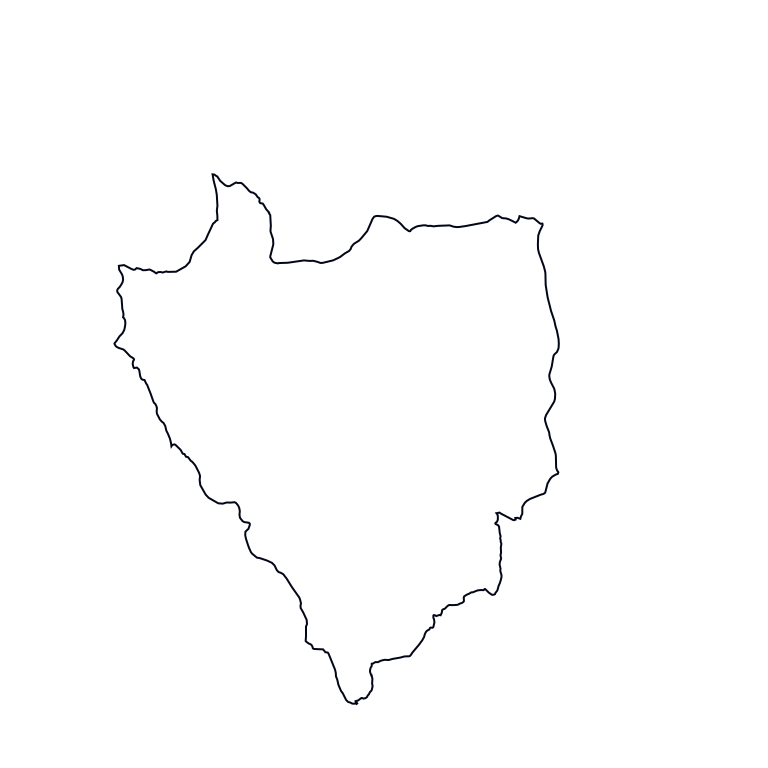 outline of Buenavista, Boyacá, Colombia, rotated 151°
{"feature_id": "7082276B74046727222387", "entity_name": "Buenavista", "entity_type": "district", "adm_level": 2, "iso_a3": "COL", "parent_name": "Colombia", "parent_adm1": "Boyacá", "projection": "natural_earth1", "projection_center": [-73.954, 5.487], "detail": "fine", "context": "isolated", "style": "outline", "palette": "ink", "viewbox_px": 768, "rotation_deg": 151, "n_neighbors": 0, "source": "geoboundaries", "source_scale": "gbopen_adm2", "svg_char_len": 6166}
<svg xmlns="http://www.w3.org/2000/svg" viewBox="0 0 768 768"><g transform="rotate(151 384 384)"><path d="M432.3,650.5L434.4,644.4L436.7,635.7L438.5,630.6L443.3,620.6L446.2,616.6L448.2,611.9L450.2,608.1L452.2,608.1L453.4,607.5L455.8,607.1L465.6,600.0L470.3,596.4L480.7,593.4L486.0,592.2L489.9,589.9L494.8,585.0L500.4,583.1L511.4,583.0L517.5,586.2L518.9,587.0L519.8,588.0L523.5,588.8L525.0,590.2L527.2,591.3L529.6,591.2L530.9,594.0L533.5,597.8L537.0,599.0L539.7,600.4L541.3,602.8L544.2,605.3L546.2,604.8L547.5,605.2L548.8,606.6L553.7,614.0L558.6,615.9L560.2,612.5L560.0,606.8L560.4,604.6L561.7,601.6L563.3,599.8L565.1,598.6L568.1,597.0L570.7,596.2L571.8,595.4L572.4,594.4L572.6,593.5L571.8,587.6L572.3,585.5L576.4,576.7L577.3,573.2L578.3,570.8L579.9,568.8L579.5,567.8L579.5,565.4L580.8,562.4L582.7,559.8L584.8,557.4L588.0,555.2L592.3,553.9L596.6,551.6L600.0,550.2L600.3,549.4L600.2,546.9L599.5,545.6L598.5,544.1L595.3,540.7L594.5,538.8L592.6,531.3L590.6,527.7L590.8,526.5L592.3,525.6L593.4,524.4L594.2,523.1L595.0,520.1L594.9,519.1L592.2,518.2L591.3,515.7L591.6,514.1L593.4,509.2L593.7,507.5L593.7,506.1L593.2,505.0L591.5,503.5L591.8,499.9L591.6,497.9L592.8,488.7L594.2,480.5L594.2,478.7L593.7,477.5L593.7,475.8L594.2,473.1L596.1,470.3L597.0,468.1L597.2,461.8L596.7,459.2L595.7,456.7L595.7,453.3L597.0,448.7L597.1,445.3L597.7,440.1L598.8,435.9L600.1,432.6L598.7,433.3L597.3,433.0L596.4,432.7L595.8,431.6L593.8,424.9L593.8,420.6L592.5,419.5L592.4,416.3L590.9,415.1L590.2,410.4L589.6,409.3L589.1,407.5L588.5,403.9L588.8,395.9L589.5,392.7L591.8,389.4L593.7,384.6L593.6,373.7L592.5,369.4L586.8,360.0L583.0,357.5L579.2,356.7L575.6,354.6L571.9,353.0L571.0,351.4L570.5,348.3L570.7,345.8L571.7,342.8L573.9,339.5L574.8,336.8L574.2,332.7L573.2,331.0L569.4,328.1L569.1,326.9L569.7,325.8L572.7,323.1L576.8,322.0L578.6,319.2L579.7,315.8L580.8,310.3L581.5,306.2L581.9,301.5L581.6,299.5L579.3,293.7L577.2,292.1L571.9,286.3L568.7,281.9L567.7,278.3L568.0,273.1L567.4,270.7L565.8,268.9L564.3,266.4L563.5,261.0L563.0,250.9L561.6,238.1L562.1,235.4L563.0,232.3L564.6,230.5L565.5,228.3L565.4,223.4L566.0,215.3L567.0,212.8L568.0,211.1L569.8,209.7L574.5,201.2L577.1,197.2L576.8,196.0L575.7,193.6L574.5,192.1L573.9,190.7L573.9,188.9L574.4,187.3L573.7,186.2L565.9,181.4L565.3,177.8L563.4,176.4L563.2,175.3L565.3,157.9L566.3,154.5L567.7,151.7L568.2,148.1L569.7,143.0L570.4,136.4L570.0,133.3L570.3,126.0L569.5,123.3L567.9,121.7L566.8,120.0L565.6,119.1L563.0,117.9L563.0,117.5L562.3,117.6L562.3,118.6L562.9,119.8L562.7,120.4L560.1,119.8L556.0,120.3L555.3,119.9L554.5,118.8L552.4,118.2L550.8,118.4L549.0,119.6L547.9,119.8L545.6,121.4L543.9,121.8L543.0,122.4L540.4,125.3L539.6,127.8L537.0,131.9L536.1,135.2L536.4,135.2L535.9,138.5L535.3,140.0L533.6,142.0L531.4,143.4L530.3,145.3L528.9,144.8L526.5,145.0L524.0,143.6L521.4,143.6L517.4,142.6L513.7,140.3L509.8,139.4L502.3,136.8L498.2,135.8L494.1,133.7L493.0,133.6L491.9,134.0L489.2,135.4L480.0,138.9L474.8,141.3L471.6,143.3L469.6,145.4L467.4,146.9L465.5,147.4L463.4,147.3L462.2,148.2L461.5,148.4L459.7,147.3L458.7,147.5L455.5,151.0L454.4,153.7L454.1,155.7L453.0,157.6L452.4,157.7L451.6,157.1L450.8,155.7L447.4,155.1L446.6,154.3L444.4,155.9L442.8,158.0L441.5,158.3L440.2,158.0L438.8,158.2L436.7,158.9L434.7,159.2L433.7,158.9L431.4,157.4L426.7,155.2L423.9,155.1L421.9,154.7L420.3,154.9L419.4,155.3L418.3,157.4L418.0,158.3L416.8,159.4L413.7,159.6L410.9,159.3L408.8,159.5L407.5,158.8L402.2,158.1L399.5,157.0L396.8,155.4L395.4,155.9L394.9,155.6L393.5,150.8L391.9,147.5L391.0,146.8L389.6,146.4L388.8,146.4L387.9,147.2L385.3,148.3L384.5,148.9L381.6,151.9L379.2,153.7L376.8,156.0L374.8,158.2L373.8,160.1L373.2,163.1L372.6,164.7L371.6,166.0L370.5,169.9L369.0,172.1L366.2,174.5L365.1,177.8L363.4,179.7L361.2,184.2L358.8,187.4L358.4,189.5L357.6,190.9L357.4,192.4L355.8,194.4L355.1,197.3L352.6,203.3L352.5,204.2L352.9,205.6L354.3,207.5L354.3,207.9L353.7,208.5L351.8,208.8L350.2,210.2L348.4,213.4L348.1,214.8L348.3,216.5L345.3,215.5L344.6,214.0L336.9,202.3L336.4,201.9L334.6,201.6L334.1,203.2L332.2,202.3L330.1,200.0L328.5,201.7L326.0,203.4L322.6,209.4L318.7,211.7L315.9,212.5L312.0,212.7L300.5,211.2L298.1,210.6L296.4,210.6L295.4,211.1L289.1,217.8L284.5,220.5L281.8,221.4L277.4,221.5L275.6,221.1L275.2,221.4L274.3,222.3L274.5,224.7L274.0,227.4L269.0,236.9L268.1,238.8L267.5,240.9L266.1,248.2L265.0,255.8L264.2,258.6L263.0,261.8L262.1,268.4L261.0,273.4L260.4,274.9L259.9,275.9L257.2,278.3L243.8,286.0L241.7,288.1L239.0,292.4L237.9,295.6L237.4,297.5L237.2,304.2L236.8,307.6L235.7,310.6L234.9,312.0L228.8,318.0L222.6,325.8L221.6,326.8L220.5,327.3L217.3,328.1L215.1,329.7L213.9,330.8L211.6,334.4L209.5,338.8L206.9,346.9L206.1,351.0L204.3,357.0L202.5,366.8L198.9,380.4L194.6,392.2L189.3,402.3L188.6,404.0L187.2,409.4L184.9,423.8L183.8,427.4L181.8,431.4L177.1,439.1L173.5,442.3L168.6,445.7L167.8,446.9L167.7,447.5L169.4,448.3L170.0,449.4L172.6,456.2L173.9,457.1L177.3,458.6L178.6,459.5L184.1,465.1L186.2,463.0L188.1,461.8L190.6,461.2L194.6,467.1L196.8,469.5L200.2,471.8L202.5,475.9L203.4,476.3L204.8,476.5L213.0,476.0L214.9,475.6L236.1,482.6L242.4,485.0L244.5,486.1L246.8,487.8L249.7,490.9L260.0,496.1L264.1,497.8L266.9,500.0L268.8,500.8L270.8,502.7L272.9,503.8L277.7,505.6L279.8,506.0L283.9,506.0L285.8,505.7L286.8,505.0L287.6,505.2L288.2,505.8L290.4,510.3L291.7,516.0L293.2,520.1L295.2,523.6L300.6,529.0L308.1,534.1L309.7,534.8L311.5,535.1L313.9,534.0L324.5,525.9L333.5,522.4L336.5,521.5L342.1,521.2L343.2,520.9L345.9,519.8L347.7,518.2L350.0,517.3L355.0,517.2L360.6,516.4L362.4,516.4L368.5,516.8L379.0,519.7L380.9,520.7L382.9,523.0L386.2,526.1L389.2,527.6L394.1,530.9L409.4,536.7L417.4,540.8L418.1,540.8L420.5,542.7L421.4,543.9L421.9,545.3L422.1,549.9L421.4,551.0L413.1,559.8L410.8,564.5L409.5,571.6L409.1,572.9L406.3,577.2L401.6,586.9L401.8,588.8L401.7,589.7L401.4,589.8L402.3,593.8L402.4,599.4L402.6,600.7L403.8,601.5L404.6,602.3L404.6,604.1L403.7,605.1L403.1,606.2L403.2,607.5L403.9,608.6L404.2,611.9L404.7,613.0L405.8,614.9L407.6,616.4L408.4,618.5L409.1,622.1L410.8,627.9L411.6,629.2L414.7,630.9L415.7,632.0L423.0,631.9L425.0,632.9L426.6,635.0L428.8,641.2L429.2,646.4L429.7,646.9L430.8,649.4L432.3,650.5Z" fill="none" stroke="#020617" stroke-width="2"/></g></svg>